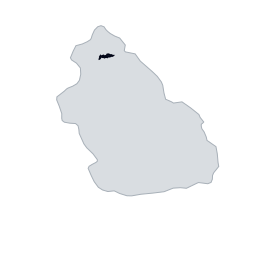 Thrimshing, Tashigang, Bhutan (highlighted), rotated 228°
{"feature_id": "84629894B18774539959245", "entity_name": "Thrimshing", "entity_type": "district", "adm_level": 2, "iso_a3": "BTN", "parent_name": "Bhutan", "parent_adm1": "Tashigang", "projection": "equal_earth", "projection_center": [91.6, 27.098], "detail": "fine", "context": "in_parent", "style": "filled", "palette": "ink", "viewbox_px": 256, "rotation_deg": 228, "n_neighbors": 0, "source": "geoboundaries", "source_scale": "gbopen_adm2", "svg_char_len": 3397}
<svg xmlns="http://www.w3.org/2000/svg" viewBox="0 0 256 256"><g transform="rotate(228 128 128)"><path d="M198.1,108.5L197.8,110.2L196.1,114.8L195.1,119.8L196.0,123.9L199.6,128.9L204.5,132.8L210.7,133.1L216.4,131.6L218.7,132.2L221.8,138.7L224.0,144.4L221.0,150.3L219.4,155.4L218.8,159.1L219.2,160.6L221.0,163.6L223.2,168.6L223.5,173.3L222.1,176.4L219.2,177.9L216.0,177.4L213.5,177.5L210.2,178.0L205.1,179.7L200.4,182.0L191.5,181.5L188.0,177.0L186.3,177.0L178.3,182.9L169.5,181.9L153.5,183.8L146.8,184.3L139.9,183.6L136.5,182.4L130.0,178.2L124.2,175.2L118.2,177.9L116.1,178.5L111.3,185.6L101.0,188.0L90.6,189.7L87.6,188.7L81.8,188.3L81.6,186.6L81.8,185.0L80.4,183.7L78.1,182.4L74.0,181.9L68.9,180.1L65.9,178.4L55.3,180.9L49.1,177.1L42.2,171.9L38.7,169.7L37.4,161.7L36.2,159.1L33.5,156.4L32.0,153.3L33.2,150.0L40.3,143.9L40.8,142.5L44.1,131.1L48.6,127.0L53.1,121.3L56.5,112.2L63.0,102.9L70.1,93.3L75.0,85.5L78.3,81.9L84.9,78.0L90.5,75.7L94.3,70.5L99.0,67.6L103.8,66.3L110.8,67.0L117.4,68.9L124.7,71.4L125.6,73.5L124.9,77.2L123.9,81.0L123.8,82.9L124.9,84.0L132.1,84.7L140.8,84.1L145.7,84.6L156.6,88.1L159.8,90.5L163.1,92.4L166.4,92.0L170.5,88.0L174.9,84.6L177.6,84.1L179.5,85.2L183.0,88.4L190.2,91.5L196.6,93.8L198.7,96.0L198.0,105.3L198.1,108.5Z" fill="#d9dde1" stroke="#a8b0b8" stroke-width="1"/><path d="M196.5,162.0L196.4,162.0L196.3,161.9L196.2,161.8L196.2,161.7L196.3,161.6L196.3,161.4L196.4,161.2L196.4,160.9L196.4,160.7L196.4,160.4L196.4,160.2L196.5,160.1L196.6,159.9L196.7,159.7L196.8,159.5L196.8,159.4L196.9,159.2L197.0,158.9L197.1,158.7L197.4,158.6L197.5,158.5L197.8,158.5L197.8,158.4L198.0,158.4L198.3,158.2L198.5,158.2L198.5,157.9L198.5,157.7L198.8,157.5L198.8,157.4L198.8,157.2L199.0,157.0L199.0,156.9L199.1,156.7L199.1,156.4L199.3,156.3L199.4,156.2L199.5,156.2L199.7,155.9L199.8,155.9L199.7,155.8L199.8,155.8L199.8,155.7L200.0,155.5L200.1,155.4L200.0,155.2L199.9,155.0L199.9,154.9L199.7,154.9L199.6,154.7L199.4,154.5L199.4,154.4L199.2,154.2L199.1,153.9L199.0,153.7L198.9,153.5L198.8,153.4L198.7,153.4L198.6,153.2L198.5,152.9L198.4,152.8L198.3,153.0L198.3,153.3L198.3,153.5L198.4,153.8L198.4,154.0L198.5,154.1L198.6,154.3L198.6,154.6L198.6,154.8L198.7,155.0L198.7,155.3L198.7,155.5L198.6,155.8L198.6,156.0L198.4,156.2L198.2,156.2L198.0,156.3L197.9,156.3L197.7,156.3L197.5,156.5L197.4,156.7L197.4,156.8L197.2,156.8L197.1,157.0L196.9,157.2L196.8,157.3L196.7,157.4L196.4,157.4L196.2,157.4L196.1,157.5L195.9,157.6L195.9,157.8L195.9,158.0L195.8,158.3L195.8,158.5L195.7,158.6L195.5,158.8L195.4,158.8L195.3,159.0L195.2,159.2L195.2,159.3L195.2,159.5L194.8,159.6L194.7,159.6L194.6,159.8L194.5,160.0L194.4,160.0L194.5,160.3L194.4,160.4L194.4,160.5L194.3,160.8L194.2,160.8L194.1,161.0L193.9,161.2L193.9,161.3L193.8,161.5L193.7,161.5L193.4,161.8L193.3,162.0L193.2,162.1L193.1,162.3L193.1,162.5L193.0,162.8L192.9,162.8L192.8,163.0L192.7,163.1L192.7,163.3L192.7,163.5L192.6,163.8L192.4,164.0L192.2,164.3L191.9,164.5L191.7,164.7L191.7,164.8L191.7,165.0L191.7,165.4L191.7,165.5L191.8,165.4L191.9,165.2L192.0,165.1L192.3,165.0L192.5,164.9L192.7,164.7L192.8,164.7L193.0,164.6L193.3,164.7L193.5,164.4L193.6,164.2L193.8,164.1L193.9,163.9L194.0,163.9L194.1,163.7L194.3,163.6L194.5,163.5L194.7,163.4L194.8,163.4L195.0,163.3L195.1,163.2L195.2,163.3L195.5,163.2L195.8,163.0L195.9,162.9L196.0,162.7L196.3,162.6L196.4,162.4L196.4,162.2L196.5,162.0Z" fill="#0f172a" stroke="#020617" stroke-width="1.5"/></g></svg>